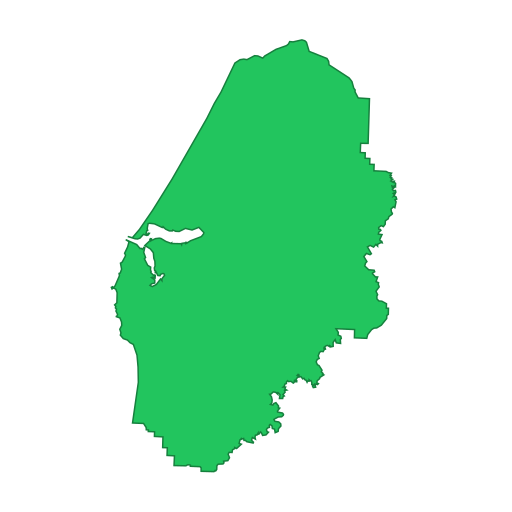 outline of Ballina, New South Wales, Australia, rotated 173°
{"feature_id": "25037944B45717157651515", "entity_name": "Ballina", "entity_type": "district", "adm_level": 2, "iso_a3": "AUS", "parent_name": "Australia", "parent_adm1": "New South Wales", "projection": "robinson", "projection_center": [153.529, -28.853], "detail": "fine", "context": "isolated", "style": "filled", "palette": "green", "viewbox_px": 512, "rotation_deg": 173, "n_neighbors": 0, "source": "geoboundaries", "source_scale": "gbopen_adm2", "svg_char_len": 6084}
<svg xmlns="http://www.w3.org/2000/svg" viewBox="0 0 512 512"><g transform="rotate(173 256 256)"><path d="M212.8,118.5L213.2,121.7L210.6,120.9L209.6,121.7L211.1,122.7L210.5,124.7L207.8,126.5L207.4,127.7L203.2,129.7L204.4,130.5L203.8,131.3L205.3,133.0L204.4,134.6L206.8,139.6L208.3,140.6L209.2,143.6L207.8,145.9L205.8,146.6L206.4,149.4L204.7,152.5L203.3,153.4L201.0,152.9L199.6,154.9L198.4,155.1L198.5,156.1L199.7,156.2L199.5,157.1L197.3,158.4L195.8,158.5L193.8,156.9L193.7,157.9L192.3,156.7L190.4,156.9L190.0,160.8L187.6,163.4L186.9,160.0L182.7,158.9L182.5,162.8L181.4,163.8L181.6,166.0L184.2,167.6L183.6,170.2L185.5,174.1L167.1,171.0L168.3,162.8L156.1,160.8L154.7,164.4L150.3,168.8L147.8,170.0L144.9,169.9L140.0,172.1L133.9,178.0L133.4,181.1L131.8,181.9L130.9,188.0L133.0,188.3L132.3,192.7L136.6,195.8L139.5,196.4L141.2,198.7L140.9,201.6L140.0,202.7L141.2,206.4L137.5,210.3L138.1,213.1L137.6,214.6L140.0,215.9L137.8,220.4L140.0,220.7L142.5,224.1L142.5,224.9L140.1,225.9L140.5,227.5L145.8,228.6L149.3,232.9L148.1,235.7L146.6,236.9L149.0,242.3L146.1,245.1L142.7,243.4L141.2,244.2L144.3,251.5L141.4,252.6L138.2,250.5L135.6,252.9L134.1,251.0L133.9,252.8L130.3,254.1L129.1,253.7L129.4,255.2L131.0,256.2L131.1,257.4L128.3,261.9L131.9,262.8L131.3,264.6L128.9,266.2L129.3,267.2L130.9,267.7L130.8,269.3L128.1,270.9L126.0,269.6L123.9,271.8L123.3,275.2L120.2,276.8L119.3,278.9L115.8,280.9L115.4,281.8L116.1,282.8L116.3,286.1L113.7,288.1L112.3,287.0L110.4,292.7L111.3,294.8L109.4,295.3L109.8,297.6L111.4,298.8L112.3,298.5L111.0,300.1L112.2,301.4L110.9,301.8L110.3,301.0L109.4,302.3L109.6,304.1L111.5,304.0L112.5,305.5L110.5,307.1L112.3,307.3L112.5,308.9L111.1,308.1L110.1,308.8L109.1,307.8L108.6,311.1L109.9,312.4L109.5,313.4L110.5,313.5L110.9,312.4L113.1,314.0L110.9,315.5L112.5,316.3L111.8,317.2L113.2,317.9L112.0,319.4L113.1,319.8L111.4,321.7L114.6,322.7L116.5,324.1L128.6,326.2L127.6,332.5L132.0,333.2L131.1,338.9L135.8,339.7L135.0,345.1L139.9,346.0L138.4,355.1L131.0,354.1L124.2,398.3L135.3,400.4L137.7,406.8L137.4,408.8L138.5,410.6L139.5,417.4L141.8,421.3L160.2,436.8L160.2,440.4L161.5,443.4L178.3,452.6L179.9,462.0L181.3,463.7L184.1,464.9L193.1,464.0L196.4,464.7L198.0,462.4L200.1,461.1L210.9,458.7L222.9,453.5L225.2,451.6L229.7,454.3L233.0,455.0L241.0,452.0L244.1,452.9L247.9,452.8L253.4,450.1L270.7,423.0L278.7,412.6L288.0,398.6L329.9,342.6L353.1,313.9L368.4,296.6L376.5,289.2L380.9,291.0L374.1,287.9L371.5,287.3L368.9,287.9L365.1,291.2L361.9,289.7L360.4,290.0L359.1,291.5L360.1,291.8L361.6,290.2L362.4,291.8L361.3,294.5L360.4,294.6L360.6,296.7L359.2,301.2L357.8,301.5L352.9,300.3L345.7,295.8L344.9,295.6L344.6,296.3L342.5,293.7L339.0,291.5L336.0,291.1L335.4,291.9L332.7,290.3L329.3,289.7L322.7,292.0L316.3,289.6L309.2,291.4L304.9,285.6L305.4,284.3L307.9,281.9L319.2,279.1L322.2,277.6L323.2,277.9L322.9,277.3L324.3,276.8L324.5,277.7L328.0,277.6L328.4,276.4L328.7,277.3L338.4,278.7L338.2,279.3L338.9,279.0L343.6,281.4L348.2,285.0L349.8,285.5L353.7,285.5L358.5,283.9L359.1,284.4L365.0,280.0L360.0,275.9L357.5,271.8L357.7,266.2L357.0,263.0L357.4,258.3L358.4,256.6L358.4,254.2L357.7,253.0L358.2,251.1L357.3,252.8L355.8,248.6L353.7,248.1L352.8,249.5L350.6,250.0L349.6,249.7L349.1,248.0L352.2,244.8L352.4,243.0L353.6,244.8L358.3,239.9L362.7,238.3L364.8,239.8L362.9,241.2L359.8,241.5L359.4,244.4L360.6,245.8L359.9,246.3L361.1,246.1L362.4,247.3L361.3,247.6L358.9,246.3L358.3,249.0L358.6,249.4L359.3,249.6L359.7,249.6L358.8,249.3L359.3,248.4L362.5,252.4L362.0,253.2L362.4,255.1L361.9,257.8L364.6,259.9L367.1,266.8L365.8,267.9L367.0,273.3L365.3,278.1L366.0,278.4L367.9,276.6L369.2,277.7L370.2,277.5L373.0,281.9L383.3,288.1L380.4,285.7L380.5,285.1L382.4,280.5L386.1,274.7L385.4,273.0L385.7,271.8L389.6,266.2L391.4,265.4L391.0,259.3L392.8,255.7L394.0,255.4L394.0,253.0L399.5,243.6L401.4,241.8L402.1,243.0L403.4,242.5L402.9,240.8L401.5,241.7L399.2,240.2L398.3,236.5L399.8,226.5L402.3,224.7L401.3,223.2L401.9,221.6L400.9,220.4L401.7,218.4L400.5,214.9L401.5,213.0L402.6,213.1L398.6,211.1L397.5,206.9L397.7,203.5L400.1,199.9L399.4,196.1L400.3,194.0L397.8,190.2L393.8,188.2L391.6,185.3L388.5,183.2L386.2,172.1L386.6,160.1L388.2,144.9L398.9,105.3L388.0,103.5L385.9,99.1L386.1,96.9L384.0,96.5L384.3,94.9L378.1,93.9L378.8,89.3L370.4,87.8L372.0,77.2L367.4,76.5L368.6,68.9L361.3,67.6L362.9,58.0L351.1,56.3L349.3,57.1L347.5,56.8L346.6,56.4L346.8,55.3L337.1,53.7L336.3,52.4L336.7,49.0L324.0,47.1L322.8,48.1L322.2,47.6L321.0,48.9L320.4,52.7L318.9,54.0L314.1,53.6L313.0,54.6L313.2,56.3L308.9,56.3L306.9,59.0L307.8,62.7L306.6,64.4L303.7,63.9L302.9,66.6L300.6,67.4L300.5,68.5L298.7,67.3L293.5,71.0L295.6,72.0L294.3,75.5L292.4,76.0L293.3,77.2L291.8,76.1L290.5,76.4L290.4,74.4L289.0,74.3L287.8,72.8L281.6,70.7L281.2,71.5L282.9,73.7L281.7,76.3L278.9,74.3L279.1,76.3L278.4,78.2L276.8,78.2L275.5,80.0L275.6,78.8L274.4,79.1L273.1,80.9L272.3,80.2L271.3,77.1L267.9,77.2L265.1,79.6L266.4,80.3L266.8,82.6L265.5,83.9L263.5,84.3L263.4,86.4L262.5,87.1L260.8,85.4L260.8,82.8L258.7,81.9L258.5,78.3L255.4,79.2L254.7,81.9L252.0,84.2L251.9,86.4L253.6,88.5L257.5,89.7L258.2,91.7L253.6,93.5L250.1,93.3L248.3,94.6L248.0,95.5L248.8,96.9L253.6,98.5L253.6,99.5L251.0,102.1L252.4,102.6L251.9,104.3L254.1,108.0L256.3,107.4L257.4,106.0L259.8,106.9L258.2,108.2L257.5,111.1L257.8,114.4L259.3,117.1L258.0,117.1L255.4,119.0L253.1,118.3L251.4,116.3L251.6,117.8L250.8,117.8L249.0,115.4L250.1,111.7L246.9,111.3L246.2,113.3L245.0,113.6L246.1,115.2L243.7,117.3L244.1,119.0L241.9,119.2L243.6,120.5L242.6,122.3L245.0,122.6L243.6,123.6L243.0,125.3L241.4,125.7L241.1,127.3L239.9,128.4L239.0,127.4L236.5,127.3L234.5,125.3L233.6,125.8L233.0,127.9L232.1,127.8L231.9,126.3L230.9,126.2L230.7,127.3L231.7,128.1L229.5,130.6L228.4,130.6L228.6,132.1L229.7,132.4L228.7,133.4L228.0,133.1L227.6,130.7L226.1,130.8L224.6,128.3L223.3,128.8L222.4,127.0L221.4,126.6L220.7,124.5L220.0,125.6L218.7,125.3L218.4,126.7L217.5,125.5L216.6,125.6L216.0,123.6L216.3,121.8L214.3,120.9L215.8,120.2L215.2,118.4L212.8,118.5ZM359.0,284.8L357.9,285.4L358.3,284.1L357.6,284.5L357.8,285.7L358.7,286.1L359.3,285.3L359.0,284.8Z" fill="#22c55e" stroke="#15803d" stroke-width="1.5"/></g></svg>